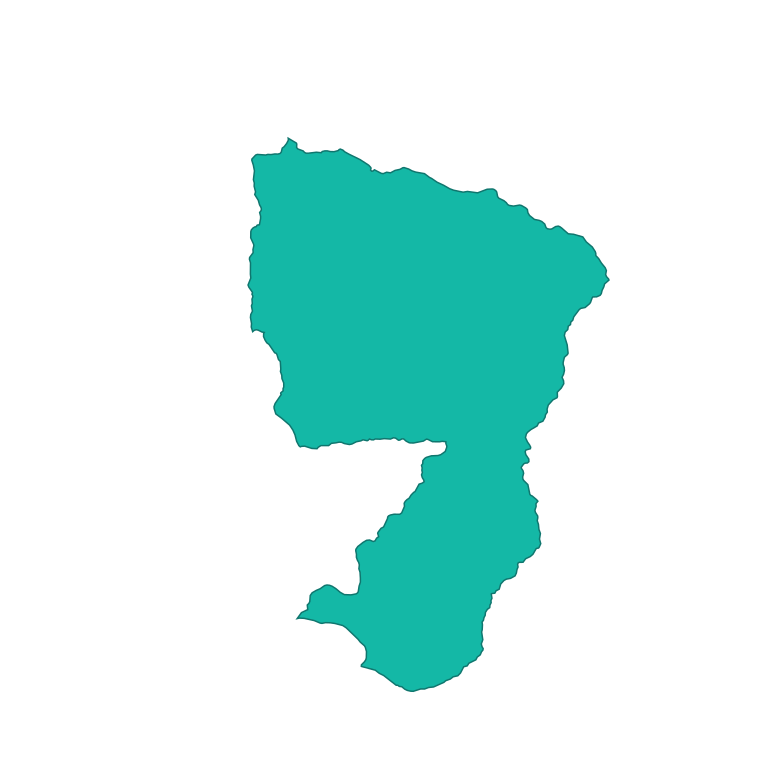 outline of Mariscal Luzuriaga, Áncash, Peru, rotated 308°
{"feature_id": "86281439B99207527213324", "entity_name": "Mariscal Luzuriaga", "entity_type": "district", "adm_level": 2, "iso_a3": "PER", "parent_name": "Peru", "parent_adm1": "Áncash", "projection": "equal_earth", "projection_center": [-77.351, -8.856], "detail": "fine", "context": "isolated", "style": "filled", "palette": "teal", "viewbox_px": 768, "rotation_deg": 308, "n_neighbors": 0, "source": "geoboundaries", "source_scale": "gbopen_adm2", "svg_char_len": 6171}
<svg xmlns="http://www.w3.org/2000/svg" viewBox="0 0 768 768"><g transform="rotate(308 384 384)"><path d="M622.3,450.1L618.7,441.2L615.8,436.7L616.3,428.0L616.2,425.7L615.7,424.1L613.7,422.3L609.4,420.7L608.1,419.4L606.9,417.1L607.0,415.4L609.0,412.2L609.2,408.3L608.5,405.6L606.3,401.2L606.4,394.9L607.6,391.9L609.8,389.5L610.0,387.2L609.3,382.4L608.5,380.7L603.9,376.5L601.7,372.5L601.6,370.8L602.2,368.7L602.3,365.6L601.1,360.1L601.6,358.2L604.7,354.6L605.2,352.9L605.0,350.6L604.3,349.2L600.9,345.3L592.3,340.1L587.1,331.2L583.9,328.3L579.6,319.6L578.3,315.5L577.3,308.5L575.7,301.6L575.3,294.9L574.8,292.7L574.7,286.4L570.5,278.5L569.2,274.8L568.6,271.1L566.9,266.6L566.0,265.7L563.1,264.5L559.1,261.2L554.4,259.1L552.5,255.7L549.3,253.9L548.3,252.1L546.9,244.6L544.9,244.1L544.1,243.2L544.3,241.7L546.1,240.9L546.5,240.2L547.0,237.3L546.1,227.0L543.5,214.7L542.8,210.1L543.0,207.6L542.2,204.9L541.1,204.3L539.7,204.2L536.3,201.6L534.1,198.6L532.8,195.8L531.2,193.8L529.2,192.2L527.6,192.1L525.0,188.0L519.3,182.3L517.8,180.3L517.6,178.6L517.9,176.8L516.2,171.5L516.5,169.6L519.3,167.6L519.9,166.7L518.7,157.2L517.3,158.5L513.5,159.2L509.5,159.2L507.2,158.6L503.4,160.3L501.7,160.2L499.9,158.9L498.1,156.4L495.2,153.7L493.4,151.1L491.6,149.8L486.9,142.8L485.4,141.9L480.0,141.4L478.9,142.1L476.1,146.2L472.2,150.7L464.6,155.3L462.6,158.0L459.9,159.9L456.3,164.5L453.7,165.5L451.4,171.8L448.6,175.6L447.3,178.6L446.3,179.7L445.0,180.4L442.6,180.4L440.2,183.5L438.4,184.9L432.8,187.8L431.2,186.3L429.1,186.3L428.1,185.4L426.1,184.7L423.7,184.6L422.0,185.3L417.1,189.0L414.0,195.0L413.0,196.2L409.2,198.0L407.0,200.0L401.0,200.2L399.5,201.1L397.3,204.2L388.3,211.1L385.5,213.8L378.3,215.9L377.1,217.9L375.4,223.4L374.8,224.3L373.5,224.6L372.7,226.3L371.9,227.0L369.6,227.7L366.3,230.7L364.0,231.4L360.4,235.5L356.8,236.2L354.2,237.8L350.1,242.4L347.2,244.3L344.4,248.3L346.4,248.7L348.1,249.9L349.0,251.8L349.8,255.8L350.9,257.9L349.8,258.0L347.2,259.9L345.3,263.4L344.3,266.3L344.4,269.0L341.3,278.6L341.8,280.2L341.3,281.5L338.3,285.8L337.9,288.4L332.2,293.5L330.1,294.7L328.0,298.0L325.4,300.3L323.1,304.3L320.0,306.8L318.2,307.3L316.5,308.7L313.6,308.1L312.8,308.5L312.4,309.5L301.6,310.2L298.4,311.3L297.0,312.6L293.8,317.2L294.0,324.4L293.5,334.9L291.6,340.6L289.1,345.2L285.0,350.5L283.0,354.9L282.9,356.7L284.1,357.4L286.2,359.8L288.8,366.8L291.8,371.1L293.6,371.1L296.6,372.2L301.4,378.3L304.9,379.1L308.0,382.3L310.5,384.4L311.9,386.4L312.6,389.3L315.0,394.0L317.0,395.7L321.5,397.8L325.0,400.8L327.1,401.8L328.9,405.6L329.7,406.1L331.7,406.4L332.3,408.4L333.5,410.1L335.3,411.0L338.1,414.9L341.1,417.8L344.6,423.0L347.5,424.6L348.5,426.5L348.6,429.9L349.4,430.9L351.7,431.9L352.8,433.3L352.6,436.6L353.2,439.9L353.7,440.9L355.7,443.6L363.3,450.2L366.7,451.4L367.4,452.8L368.4,457.8L372.7,463.4L374.7,465.2L376.6,468.3L375.2,469.4L373.7,471.8L372.5,472.5L368.5,473.8L363.2,472.2L360.9,470.6L356.5,465.5L352.2,462.5L350.4,461.9L347.6,461.8L345.0,463.6L343.0,463.6L341.4,465.7L339.4,466.9L337.8,468.8L335.5,469.5L333.8,471.8L332.8,474.4L331.7,475.8L329.5,475.2L326.7,473.3L318.3,474.7L316.9,474.1L313.3,473.7L309.4,474.1L307.1,473.3L304.6,473.0L302.5,473.3L300.1,475.5L293.3,477.3L291.0,476.6L287.5,472.0L284.7,469.7L282.9,468.8L281.5,468.8L280.1,469.6L271.1,471.7L268.4,470.5L263.4,470.6L262.4,471.0L260.4,473.8L258.0,473.1L254.8,473.5L253.2,472.4L252.2,468.7L250.1,466.5L246.3,465.0L239.8,463.4L236.5,463.6L235.2,464.4L232.9,467.1L230.5,468.9L228.8,471.5L227.8,473.9L226.3,475.9L222.9,478.0L220.9,481.0L216.5,484.9L213.3,487.4L209.4,488.8L204.6,491.5L203.1,491.8L201.4,491.2L197.5,487.8L193.6,482.4L192.9,477.8L193.1,472.2L192.7,467.7L191.9,465.1L190.5,462.8L188.6,461.3L183.3,459.7L179.7,457.7L175.2,455.9L171.9,456.1L167.0,459.4L165.0,459.9L162.6,459.6L159.3,462.8L153.1,459.7L145.7,460.0L147.5,461.5L150.2,465.4L154.6,474.6L156.3,480.9L157.2,482.5L159.9,484.8L162.7,488.6L165.1,492.8L168.3,500.2L168.6,504.4L166.9,520.6L166.0,524.2L165.7,529.7L165.0,531.4L162.4,534.9L157.4,538.6L155.6,539.4L153.0,539.6L148.8,539.1L147.5,540.0L153.1,553.3L153.1,558.3L154.1,563.2L154.1,579.0L155.1,580.4L155.1,582.2L156.4,584.4L156.3,588.3L156.9,591.0L158.4,594.2L159.9,596.3L166.2,600.6L168.7,603.8L172.3,606.0L175.8,609.6L185.8,614.9L188.2,615.3L192.3,617.9L195.9,618.8L199.5,621.8L203.4,622.2L210.2,620.9L213.1,623.1L216.2,622.8L223.2,626.2L226.3,625.6L229.8,626.6L233.1,625.7L235.1,625.8L236.5,625.1L237.4,622.9L239.1,620.7L243.3,619.3L248.7,613.6L250.8,612.7L254.9,609.8L256.7,607.9L259.1,607.8L261.5,606.6L263.9,606.2L266.6,604.5L270.1,604.2L272.9,605.0L275.0,603.6L277.6,603.1L279.2,601.6L281.6,601.0L284.6,597.8L285.3,598.0L287.4,600.1L290.0,599.6L293.2,601.1L298.3,599.1L303.1,599.5L305.6,600.6L308.8,603.4L313.5,605.4L316.5,604.7L319.7,603.0L322.3,602.3L324.2,600.3L325.6,599.9L326.8,600.4L329.1,603.3L333.5,603.2L338.1,605.5L341.5,606.2L347.7,605.3L348.6,605.6L349.9,606.8L350.8,606.8L354.7,605.8L357.5,602.0L362.5,599.3L364.8,595.6L368.5,592.1L370.6,588.9L373.2,587.6L374.6,586.4L376.1,582.3L377.5,580.6L381.1,579.3L383.3,577.4L386.4,577.4L386.8,575.4L387.0,569.8L386.6,568.1L386.9,566.8L393.3,559.3L394.0,553.5L394.6,552.0L396.1,550.5L399.6,549.0L401.2,547.0L402.1,544.3L402.9,543.4L407.1,543.3L408.6,544.0L410.0,545.6L412.0,546.0L414.0,544.3L415.7,539.2L417.6,536.9L419.4,536.5L423.1,539.2L424.5,538.5L425.6,536.2L426.6,532.9L428.8,528.5L432.4,526.9L434.5,526.9L438.5,527.8L445.3,530.5L448.4,529.8L452.5,532.1L457.0,531.4L459.2,530.2L462.4,530.0L464.6,528.0L468.6,526.4L475.6,526.9L479.7,528.8L480.9,528.4L484.2,525.6L489.9,526.2L494.9,525.5L497.1,523.5L498.9,520.2L502.3,519.5L505.7,517.9L507.9,515.9L509.8,513.1L511.3,511.9L516.1,509.7L520.2,510.4L521.6,510.1L527.6,504.3L533.2,496.3L536.4,494.8L540.0,495.3L543.0,493.6L545.6,494.4L547.7,493.1L550.5,493.5L553.7,492.2L562.7,492.0L564.7,492.5L568.1,495.4L573.9,496.6L575.5,496.5L579.9,495.0L581.2,495.0L583.6,497.9L586.9,499.7L589.0,499.6L592.1,498.2L595.9,497.4L598.7,496.2L604.4,497.3L605.0,496.4L605.6,493.2L606.7,491.3L610.3,489.4L611.8,486.7L613.2,480.7L615.0,475.9L615.6,471.9L617.4,470.4L618.4,468.9L620.2,463.8L620.5,456.0L622.3,450.1Z" fill="#14b8a6" stroke="#0f766e" stroke-width="1.5"/></g></svg>